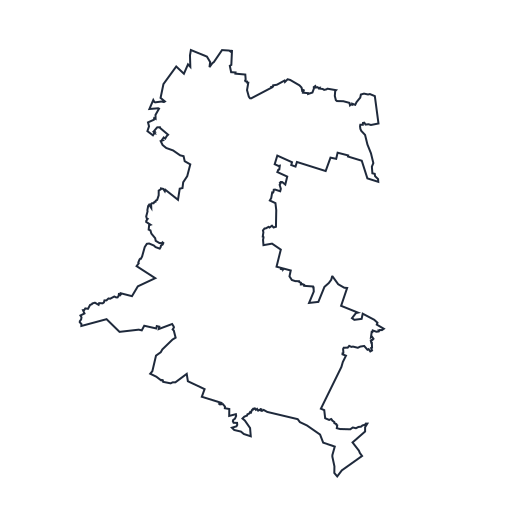 Jilotepec, México, Mexico (Robinson projection), rotated 15°
{"feature_id": "50627088B22130838993983", "entity_name": "Jilotepec", "entity_type": "district", "adm_level": 2, "iso_a3": "MEX", "parent_name": "Mexico", "parent_adm1": "México", "projection": "robinson", "projection_center": [-99.622, 20.017], "detail": "fine", "context": "isolated", "style": "outline", "palette": "slate", "viewbox_px": 512, "rotation_deg": 15, "n_neighbors": 0, "source": "geoboundaries", "source_scale": "gbopen_adm2", "svg_char_len": 6082}
<svg xmlns="http://www.w3.org/2000/svg" viewBox="0 0 512 512"><g transform="rotate(15 256 256)"><path d="M145.1,218.0L146.3,222.6L146.0,227.4L144.8,228.5L144.9,229.6L143.8,230.2L143.4,231.6L141.9,231.9L141.2,232.9L142.4,236.7L139.5,234.1L138.9,235.6L139.2,239.8L139.7,241.0L139.7,246.2L141.0,248.3L141.7,248.3L140.9,250.4L141.1,251.5L146.0,253.1L144.8,253.9L145.5,258.3L147.4,258.6L149.1,261.4L154.0,264.9L155.2,267.3L159.4,268.5L162.3,267.7L162.3,267.1L163.1,267.4L162.9,269.0L161.5,270.5L161.6,272.2L161.1,273.8L156.7,273.4L154.6,272.3L149.5,271.6L147.4,272.5L146.2,276.2L146.1,286.0L145.5,288.5L144.8,288.7L144.4,289.5L144.0,292.7L144.6,293.4L143.3,296.7L164.4,303.5L149.7,315.9L146.6,326.9L135.2,327.0L135.6,327.7L135.0,328.8L134.4,328.1L133.4,328.2L133.6,330.0L133.0,331.8L131.7,332.2L129.6,331.8L126.2,335.0L124.5,335.2L123.0,337.6L121.1,338.1L121.1,340.2L120.1,341.4L116.7,342.1L116.6,343.9L112.5,342.8L110.2,344.2L109.9,345.1L108.4,346.2L107.4,350.5L104.7,350.8L104.1,352.6L102.9,353.1L105.2,355.9L101.8,358.9L103.3,360.4L103.5,362.6L102.7,364.6L102.9,365.6L104.9,366.8L105.4,368.8L128.0,355.7L143.8,364.6L161.8,357.5L164.9,357.4L166.1,352.3L178.4,351.8L178.3,349.4L180.9,349.3L181.0,351.7L192.6,343.4L194.8,345.5L195.2,346.3L194.5,348.5L195.9,349.3L199.5,355.7L197.0,358.3L189.7,370.5L188.9,373.6L185.2,378.1L185.7,394.1L184.3,397.1L191.0,398.4L196.6,400.7L197.1,400.1L198.1,400.1L198.9,401.6L206.5,401.1L208.2,399.6L210.8,398.9L219.6,387.8L222.6,394.6L240.8,397.9L240.1,406.0L260.0,406.8L258.8,408.4L259.5,408.7L262.3,407.6L265.0,409.5L265.3,411.1L269.8,410.7L271.5,417.4L277.5,414.0L278.2,415.6L277.8,418.5L276.4,420.3L276.4,421.6L277.5,422.9L280.9,422.1L281.6,424.0L281.2,425.6L277.2,428.1L280.0,429.7L286.9,429.5L290.3,431.1L297.6,431.5L294.8,423.7L287.8,417.8L285.0,416.5L286.3,414.2L288.7,412.4L288.7,411.1L290.3,409.9L290.5,408.9L291.3,408.8L291.1,408.2L291.7,408.2L291.9,406.0L292.7,404.5L293.1,404.9L294.3,403.5L295.7,404.6L296.6,403.4L298.1,404.8L299.2,403.7L299.9,403.8L300.1,402.7L300.8,402.7L300.9,404.0L301.8,404.1L303.2,402.7L307.2,403.7L338.5,402.8L341.4,405.1L349.1,406.5L364.1,411.9L369.2,418.9L381.4,419.7L381.3,428.5L381.7,430.1L386.2,438.9L387.8,445.3L391.5,447.9L394.4,440.8L410.2,421.7L407.3,419.4L405.8,417.4L397.5,411.1L406.8,397.3L405.7,393.1L406.9,389.1L405.4,389.5L405.1,390.7L402.7,392.1L401.6,393.7L399.2,394.6L397.1,396.5L393.9,396.6L391.9,399.0L381.9,401.4L378.6,401.4L378.3,398.5L377.2,398.1L377.0,397.5L375.0,397.2L374.6,396.1L372.2,395.2L371.5,394.4L370.8,394.0L369.1,395.4L364.8,394.8L361.8,387.2L358.2,386.7L367.2,341.1L367.3,335.9L368.7,329.0L365.0,328.6L364.8,327.7L365.4,327.5L365.4,326.6L364.2,323.3L364.5,321.9L368.3,320.8L369.3,318.7L371.7,319.1L373.1,318.4L378.1,318.3L380.2,316.5L383.8,314.9L387.9,317.7L388.9,316.8L391.1,318.6L392.5,317.2L391.0,315.1L391.8,314.5L390.4,310.0L389.9,310.1L388.9,308.3L389.4,308.0L389.2,307.3L390.2,306.9L390.9,305.6L389.0,304.0L388.1,304.9L387.4,299.4L388.1,299.3L388.0,297.7L391.9,298.0L393.9,297.2L393.8,296.7L394.7,297.2L394.2,296.4L394.6,295.5L396.8,295.0L398.3,293.2L390.4,291.0L390.6,289.0L386.7,287.0L374.0,284.1L374.3,289.4L367.5,292.2L364.8,291.2L367.3,285.3L369.1,284.3L351.1,282.1L352.3,263.3L349.4,263.8L342.7,262.0L335.3,256.0L334.8,256.2L334.8,259.5L333.3,263.3L330.1,268.1L328.1,284.2L319.4,287.6L321.0,275.4L319.8,271.6L319.5,271.7L319.0,270.7L310.5,272.3L310.1,272.3L310.0,271.4L308.7,271.2L307.5,271.1L307.6,271.6L306.7,271.9L306.3,270.2L304.5,269.9L304.1,269.2L300.5,270.1L296.8,269.9L293.6,267.0L293.3,261.0L286.3,261.0L285.9,261.7L285.8,261.0L284.2,261.1L284.1,262.1L283.5,262.1L283.6,261.0L278.6,261.0L278.3,243.4L268.3,239.9L260.4,243.6L258.6,238.5L258.5,236.3L258.1,235.5L257.5,235.5L257.0,231.2L256.1,229.5L257.1,227.2L258.3,226.8L260.6,224.6L261.7,225.0L263.6,222.6L265.6,223.9L267.7,222.6L263.7,206.5L261.1,199.9L255.0,198.8L255.7,196.1L255.2,190.4L256.1,190.3L256.3,189.4L256.0,187.4L257.2,186.9L262.6,187.2L262.6,184.7L260.4,181.1L260.9,179.6L260.2,179.1L260.7,178.1L262.2,177.8L265.8,179.4L265.6,171.2L254.9,169.4L255.2,167.0L256.1,166.4L255.6,162.6L254.5,163.2L250.3,162.5L250.6,153.5L266.5,156.1L266.5,159.0L271.0,159.4L271.2,154.6L301.3,155.9L302.5,141.7L308.3,141.4L308.1,135.1L319.0,135.0L319.1,136.1L333.5,136.6L343.5,152.2L354.9,152.7L354.0,150.1L350.4,148.1L349.4,145.9L347.0,146.0L344.8,139.7L345.3,135.9L340.5,127.1L334.8,119.5L330.0,110.8L325.3,107.9L323.9,106.2L322.9,103.7L322.8,102.2L325.2,101.6L324.9,99.8L326.1,99.2L327.8,100.7L330.6,99.6L333.1,99.7L340.0,96.3L329.4,70.8L324.1,70.1L322.4,71.0L318.3,71.2L315.5,72.9L315.7,76.0L313.3,81.3L312.7,84.3L309.5,84.0L309.8,85.0L308.4,85.1L307.8,86.1L306.6,83.9L300.2,83.9L294.1,85.4L292.8,84.8L290.7,81.0L289.8,76.2L290.4,75.1L281.7,75.9L280.9,76.8L278.8,77.9L277.2,77.4L273.8,77.9L273.9,77.1L272.9,77.6L271.8,77.0L270.2,77.8L269.3,76.5L268.1,77.9L268.6,79.2L268.2,83.5L264.4,86.0L264.2,85.2L259.2,86.1L259.3,83.6L258.0,83.3L258.4,85.6L256.4,81.5L253.8,79.9L243.5,77.1L240.8,77.1L238.9,80.4L238.1,79.2L231.8,85.2L228.4,86.7L228.6,87.9L227.1,88.7L227.6,89.2L210.5,105.0L209.3,105.2L207.8,103.9L204.4,98.1L203.7,90.6L202.6,90.8L202.2,89.8L200.6,90.0L200.1,89.4L200.3,88.1L198.7,83.5L188.9,85.2L188.7,84.0L184.4,84.9L181.5,79.1L182.7,77.8L179.7,64.1L178.7,64.2L178.4,65.1L176.9,64.5L169.9,65.9L165.1,79.6L163.9,81.1L162.2,85.6L161.5,80.5L157.0,76.1L139.8,73.9L140.3,79.3L143.6,90.3L140.7,88.5L139.2,98.6L129.9,93.6L122.1,113.9L122.9,128.0L128.0,130.3L127.2,131.1L124.6,131.3L118.8,133.7L117.9,133.5L116.4,131.9L115.0,141.6L123.3,138.6L124.2,138.8L122.4,145.7L123.5,149.5L122.0,149.2L122.1,150.8L117.1,154.9L119.1,158.4L118.8,163.5L125.2,166.1L125.9,163.9L126.5,163.8L125.1,162.7L126.2,162.2L125.3,161.5L126.9,158.0L127.3,157.3L129.9,156.5L130.3,157.2L139.7,161.6L138.7,163.3L137.9,166.1L136.2,165.4L135.1,168.3L135.9,168.5L134.2,169.7L137.1,173.0L141.3,174.9L148.6,175.5L156.7,178.4L160.2,178.3L162.6,182.9L168.8,184.5L168.9,196.7L166.6,203.6L167.4,209.4L164.9,210.7L166.1,221.9L151.3,215.5L151.2,217.1L149.0,215.2L146.7,215.3L146.8,216.2L145.1,218.0Z" fill="none" stroke="#1e293b" stroke-width="2"/></g></svg>